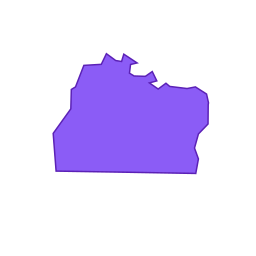 Lee, North Carolina, United States of America, rotated 54°
{"feature_id": "52423323B85363344539389", "entity_name": "Lee", "entity_type": "district", "adm_level": 2, "iso_a3": "USA", "parent_name": "United States of America", "parent_adm1": "North Carolina", "projection": "equal_earth", "projection_center": [-79.189, 35.468], "detail": "fine", "context": "isolated", "style": "filled", "palette": "violet", "viewbox_px": 256, "rotation_deg": 54, "n_neighbors": 0, "source": "geoboundaries", "source_scale": "gbopen_adm2", "svg_char_len": 593}
<svg xmlns="http://www.w3.org/2000/svg" viewBox="0 0 256 256"><g transform="rotate(54 128 128)"><path d="M55.2,101.8L60.8,112.2L51.4,126.9L63.9,146.3L63.9,146.5L63.5,151.2L78.9,163.0L88.4,191.7L120.6,211.5L162.6,155.6L204.5,100.0L204.6,99.9L194.4,89.2L183.3,86.0L174.2,74.5L171.8,60.9L156.0,49.2L155.8,48.9L155.6,48.8L155.4,48.5L155.0,48.1L146.7,44.5L134.4,49.3L130.8,57.0L118.9,69.8L114.1,71.0L114.2,80.7L104.1,84.2L106.8,77.0L96.6,75.2L96.4,83.6L89.5,92.5L84.5,94.6L78.1,88.6L80.7,82.4L65.8,88.0L70.4,94.1L66.2,98.3L55.2,101.8Z" fill="#8b5cf6" stroke="#5b21b6" stroke-width="1.5"/></g></svg>